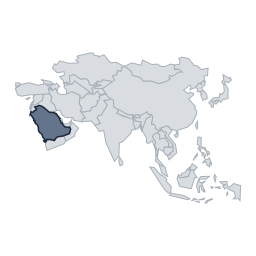 where Saudi Arabia sits in Asia
{"feature_id": "SAU", "entity_name": "Saudi Arabia", "entity_type": "country or territory", "adm_level": 0, "iso_a3": "SAU", "parent_name": "Asia", "parent_adm1": "", "projection": "natural_earth1", "projection_center": [44.88, 24.248], "detail": "fine", "context": "in_parent", "style": "filled", "palette": "slate", "viewbox_px": 256, "rotation_deg": 0, "n_neighbors": 45, "source": "natural_earth", "source_scale": "50m", "svg_char_len": 16208}
<svg xmlns="http://www.w3.org/2000/svg" viewBox="0 0 256 256"><path d="M124.0,66.4L121.6,68.1L121.1,71.4L117.4,70.6L116.8,74.7L112.5,76.1L114.7,80.1L113.9,81.9L102.7,79.8L101.6,81.6L97.3,81.1L93.1,85.8L89.5,84.6L88.1,80.5L85.8,78.8L80.6,79.3L74.0,74.6L69.5,75.9L69.9,84.3L66.4,82.0L63.6,83.2L63.5,80.9L59.5,76.8L64.3,75.3L64.2,71.7L57.2,72.7L52.5,68.3L54.4,63.7L56.2,65.0L59.9,60.9L68.5,63.3L78.2,62.9L78.6,61.9L75.7,60.3L78.5,58.1L77.1,56.6L77.8,55.9L90.4,52.9L93.5,53.3L94.3,55.6L98.3,55.8L98.4,57.0L103.9,54.8L110.6,62.8L116.3,62.3L124.0,66.4Z" fill="#d9dde1" stroke="#a8b0b8" stroke-width="1"/><path d="M69.9,84.3L69.5,75.9L74.0,74.6L80.6,79.3L85.8,78.8L88.1,80.5L89.5,84.6L92.5,85.8L97.0,82.1L96.2,83.8L101.2,85.3L99.0,87.0L96.8,86.8L96.8,85.1L94.4,85.7L93.2,88.4L91.6,88.3L93.2,91.6L92.3,93.9L74.6,81.0L72.0,84.3L69.9,84.3Z" fill="#d9dde1" stroke="#a8b0b8" stroke-width="1"/><path d="M240.6,185.6L240.0,200.6L238.4,198.7L233.4,198.9L235.6,196.4L234.3,192.0L226.0,187.7L224.6,189.0L222.7,186.1L226.1,184.7L223.2,184.7L219.9,181.8L226.8,181.4L227.6,186.0L229.6,187.3L233.6,183.5L240.6,185.6ZM208.3,200.0L207.0,202.9L205.1,203.1L206.3,201.0L208.3,200.0ZM226.8,195.4L226.7,193.7L227.5,192.1L227.9,193.9L226.8,195.4ZM194.7,170.1L193.6,172.2L197.0,177.5L194.6,177.8L191.2,188.8L179.5,186.3L177.0,178.6L178.4,175.0L180.1,177.8L186.7,176.8L188.3,176.3L190.6,169.7L194.7,170.1ZM214.6,187.4L219.7,186.7L220.4,188.5L214.6,187.4ZM212.5,188.3L211.2,187.9L210.8,186.9L212.8,186.8L212.5,188.3ZM214.7,174.6L216.2,177.0L215.1,181.7L213.7,177.3L214.7,174.6ZM200.7,176.6L209.4,176.3L206.3,179.1L199.3,179.1L199.1,180.8L200.8,182.8L205.6,181.0L201.9,184.0L205.1,191.9L203.2,191.7L204.2,189.9L201.8,190.1L200.9,185.6L199.5,186.3L199.6,192.3L198.4,192.6L196.5,186.0L198.6,179.2L200.7,176.6ZM199.8,202.5L196.3,201.6L198.2,201.1L199.8,202.5ZM198.3,199.9L202.5,199.0L204.3,198.2L203.9,199.5L198.3,199.9ZM194.4,198.2L196.7,199.6L192.0,200.4L194.4,198.2ZM171.1,193.1L184.0,195.6L190.0,198.8L187.7,199.7L169.6,195.3L171.1,193.1ZM166.1,181.2L171.3,186.6L170.6,193.0L168.4,193.1L164.3,189.3L149.8,167.0L154.1,167.5L160.5,174.8L164.2,176.4L166.9,179.4L166.1,181.2Z" fill="#d9dde1" stroke="#a8b0b8" stroke-width="1"/><path d="M208.4,201.2L210.3,199.0L213.0,198.9L208.4,201.2Z" fill="#d9dde1" stroke="#a8b0b8" stroke-width="1"/><path d="M32.7,102.8L31.0,106.1L30.8,111.6L29.6,107.6L31.3,103.3L32.7,102.8Z" fill="#d9dde1" stroke="#a8b0b8" stroke-width="1"/><path d="M34.2,100.7L31.4,103.3L33.9,99.8L34.2,100.7Z" fill="#d9dde1" stroke="#a8b0b8" stroke-width="1"/><path d="M32.1,104.9L30.9,107.3L31.4,104.6L32.1,104.9Z" fill="#d9dde1" stroke="#a8b0b8" stroke-width="1"/><path d="M32.1,104.9L38.3,102.6L39.0,105.4L34.8,106.9L36.7,109.2L32.9,112.3L30.8,111.6L32.1,104.9Z" fill="#d9dde1" stroke="#a8b0b8" stroke-width="1"/><path d="M62.7,123.7L67.4,124.0L71.6,120.3L69.4,127.8L63.5,126.6L62.7,123.7Z" fill="#d9dde1" stroke="#a8b0b8" stroke-width="1"/><path d="M61.2,122.6L61.0,120.9L62.0,119.4L62.7,121.5L61.2,122.6Z" fill="#d9dde1" stroke="#a8b0b8" stroke-width="1"/><path d="M54.3,110.3L56.5,113.8L52.9,112.5L54.3,110.3Z" fill="#d9dde1" stroke="#a8b0b8" stroke-width="1"/><path d="M39.0,105.4L38.3,102.6L42.5,100.2L43.0,95.7L45.8,93.3L49.5,93.8L52.0,97.3L50.7,101.2L54.4,104.7L56.7,110.6L49.4,112.3L39.0,105.4Z" fill="#d9dde1" stroke="#a8b0b8" stroke-width="1"/><path d="M69.8,127.3L71.9,122.2L78.7,128.2L75.0,133.0L74.8,136.0L65.9,141.3L63.6,135.9L69.5,133.5L70.7,128.9L69.8,127.3ZM72.0,119.0L71.3,119.5L71.8,118.8L72.0,119.0Z" fill="#d9dde1" stroke="#a8b0b8" stroke-width="1"/><path d="M163.6,151.6L164.1,146.9L170.2,147.7L170.9,146.1L173.3,148.5L173.2,151.2L170.0,153.0L171.0,154.4L165.6,155.1L163.6,151.6Z" fill="#d9dde1" stroke="#a8b0b8" stroke-width="1"/><path d="M168.5,146.8L164.1,146.9L163.6,151.6L158.5,148.8L157.3,158.4L163.3,165.3L161.4,166.5L155.2,160.4L157.7,152.2L154.5,144.8L155.8,142.4L152.4,137.1L153.8,134.2L157.3,132.6L159.8,134.8L159.7,139.3L163.8,137.5L166.9,139.5L169.0,143.8L168.5,146.8Z" fill="#d9dde1" stroke="#a8b0b8" stroke-width="1"/><path d="M172.7,146.9L168.5,146.8L169.0,143.8L165.3,137.6L159.7,139.3L159.8,134.8L157.3,132.6L160.4,130.8L159.9,128.2L163.3,131.8L165.7,131.8L166.6,133.8L164.9,135.2L172.3,143.0L172.7,146.9Z" fill="#d9dde1" stroke="#a8b0b8" stroke-width="1"/><path d="M157.3,132.6L153.8,134.2L152.4,137.1L155.8,142.4L154.5,144.8L157.7,152.2L155.9,156.8L155.4,149.4L152.2,140.6L148.9,143.4L146.5,142.7L146.4,137.7L141.9,130.1L146.2,118.3L149.9,117.2L150.0,114.4L152.8,116.2L151.7,124.5L153.7,124.2L155.6,126.7L155.3,128.7L159.0,129.3L157.3,132.6Z" fill="#d9dde1" stroke="#a8b0b8" stroke-width="1"/><path d="M167.3,155.5L171.0,154.4L170.0,153.0L173.2,151.2L172.9,144.6L164.9,135.2L166.6,133.8L165.7,131.8L163.3,131.8L160.9,127.9L166.8,125.8L172.5,130.0L168.4,135.7L175.5,144.4L176.7,152.8L169.1,159.8L167.3,155.5Z" fill="#d9dde1" stroke="#a8b0b8" stroke-width="1"/><path d="M205.2,81.8L204.6,85.3L201.4,87.9L203.5,91.1L197.2,91.7L197.7,88.7L195.3,87.5L196.3,86.0L198.8,83.2L201.4,84.0L200.8,82.8L203.6,80.5L205.2,81.8Z" fill="#d9dde1" stroke="#a8b0b8" stroke-width="1"/><path d="M200.1,92.5L203.6,90.5L206.8,94.7L207.2,98.7L202.7,100.3L200.7,94.9L201.9,94.5L200.1,92.5Z" fill="#d9dde1" stroke="#a8b0b8" stroke-width="1"/><path d="M124.7,66.2L131.8,62.9L141.1,65.3L142.5,60.1L152.0,64.5L157.5,64.1L160.9,66.3L164.8,66.6L170.5,64.1L174.8,64.9L174.7,69.8L178.6,69.0L182.3,71.3L172.6,76.3L169.6,75.7L169.0,77.1L170.3,78.8L168.3,80.8L159.1,83.7L151.1,81.2L142.9,81.1L140.3,77.6L132.0,75.3L131.4,71.6L124.7,66.2Z" fill="#d9dde1" stroke="#a8b0b8" stroke-width="1"/><path d="M150.0,114.4L149.9,117.2L146.2,118.3L142.5,128.8L141.2,125.2L140.5,126.6L139.3,125.5L141.3,122.0L136.5,121.4L133.7,118.6L133.1,120.2L134.6,121.4L133.1,123.1L134.4,123.8L135.2,129.6L131.6,130.1L130.8,133.2L122.9,141.5L119.3,143.0L118.9,155.8L114.4,161.3L106.0,142.8L103.7,130.4L99.5,131.5L94.8,125.0L100.3,123.5L97.0,117.5L99.0,115.1L101.2,115.2L107.1,105.2L103.9,100.4L109.6,99.6L111.2,97.7L113.5,100.4L113.8,106.9L118.6,110.0L116.9,113.2L123.4,116.5L132.7,118.7L133.6,114.8L134.0,117.1L135.9,118.0L140.2,117.7L139.4,115.6L147.3,111.7L147.9,114.1L150.0,114.4Z" fill="#d9dde1" stroke="#a8b0b8" stroke-width="1"/><path d="M141.2,125.2L142.2,132.0L139.9,127.2L138.1,127.1L137.9,129.3L135.4,128.8L133.1,123.1L134.6,121.4L133.1,120.2L133.7,118.6L136.5,121.4L141.3,122.0L139.3,125.5L140.5,126.6L141.2,125.2Z" fill="#d9dde1" stroke="#a8b0b8" stroke-width="1"/><path d="M139.4,115.6L140.2,117.7L134.0,117.1L136.0,114.4L139.4,115.6Z" fill="#d9dde1" stroke="#a8b0b8" stroke-width="1"/><path d="M132.5,115.3L132.7,118.7L131.1,118.8L116.9,113.2L119.3,109.4L128.0,114.6L132.5,115.3Z" fill="#d9dde1" stroke="#a8b0b8" stroke-width="1"/><path d="M111.2,97.7L109.6,99.6L103.9,100.4L107.1,105.2L101.2,115.2L99.0,115.1L97.0,117.5L100.3,123.5L94.8,125.0L91.1,121.0L81.8,121.8L82.4,119.1L85.1,117.9L80.2,110.8L83.4,112.0L90.6,110.7L91.5,107.4L95.9,106.0L99.9,95.4L105.9,93.9L108.1,96.8L111.2,97.7Z" fill="#d9dde1" stroke="#a8b0b8" stroke-width="1"/><path d="M86.6,94.0L94.8,93.9L97.6,90.8L99.8,94.8L102.3,93.1L105.9,93.9L98.9,96.4L99.7,98.5L98.5,101.2L96.7,101.1L97.6,102.6L95.9,106.0L91.5,107.4L90.6,110.7L83.4,112.0L80.2,110.8L81.8,108.7L79.2,103.5L80.2,97.3L83.5,97.9L86.6,94.0Z" fill="#d9dde1" stroke="#a8b0b8" stroke-width="1"/><path d="M92.3,93.9L93.2,91.6L91.6,88.3L96.8,85.1L97.6,86.8L94.9,88.4L102.6,88.6L105.5,93.3L99.8,94.8L97.6,90.8L94.8,93.9L92.3,93.9Z" fill="#d9dde1" stroke="#a8b0b8" stroke-width="1"/><path d="M97.0,82.1L101.6,81.6L102.7,79.8L113.9,81.9L102.6,88.6L94.9,88.4L94.9,87.1L101.2,85.3L96.2,83.8L97.0,82.1Z" fill="#d9dde1" stroke="#a8b0b8" stroke-width="1"/><path d="M63.6,83.2L66.4,82.0L69.0,84.4L72.0,84.3L74.6,81.0L89.8,92.0L89.8,93.4L88.3,92.7L82.1,98.2L80.2,97.3L79.9,95.4L72.7,91.9L66.5,93.8L66.3,89.7L64.0,87.3L64.4,85.3L67.7,85.1L65.8,82.5L64.2,84.7L63.6,83.2Z" fill="#d9dde1" stroke="#a8b0b8" stroke-width="1"/><path d="M56.7,110.6L54.4,104.7L50.7,101.2L52.0,97.3L48.5,92.0L48.3,88.6L52.1,90.2L55.6,88.3L57.7,92.9L60.8,94.5L66.3,94.3L71.4,91.6L79.9,95.4L79.2,103.5L81.8,108.7L80.2,110.8L85.1,117.9L82.4,119.1L81.8,121.8L73.8,120.3L72.9,117.4L66.3,117.8L62.4,115.4L59.7,110.1L56.7,110.6Z" fill="#d9dde1" stroke="#a8b0b8" stroke-width="1"/><path d="M32.5,104.1L34.2,100.7L33.0,97.9L34.6,94.7L45.0,93.7L43.0,95.7L42.5,100.2L34.5,105.1L32.5,104.1Z" fill="#d9dde1" stroke="#a8b0b8" stroke-width="1"/><path d="M52.7,90.2L47.5,86.7L47.4,84.8L51.0,85.5L52.7,90.2Z" fill="#d9dde1" stroke="#a8b0b8" stroke-width="1"/><path d="M49.5,93.8L34.6,94.7L33.5,97.0L33.5,95.0L30.8,94.7L21.5,96.2L17.7,95.0L15.4,88.6L21.2,84.5L29.1,82.7L37.8,85.2L45.6,83.7L49.6,88.0L48.3,88.6L49.5,93.8ZM15.6,83.1L19.1,82.7L20.8,84.3L15.8,87.0L15.6,83.1Z" fill="#d9dde1" stroke="#a8b0b8" stroke-width="1"/><path d="M122.9,162.3L122.6,164.7L120.1,165.9L118.7,160.7L119.5,157.0L122.9,162.3Z" fill="#d9dde1" stroke="#a8b0b8" stroke-width="1"/><path d="M176.1,137.7L174.2,135.0L178.2,133.4L177.7,136.6L176.1,137.7ZM102.6,88.6L114.7,80.1L112.5,76.1L116.8,74.7L117.4,70.6L121.1,71.4L121.6,68.1L124.7,66.2L131.4,71.6L132.0,75.3L140.3,77.6L142.9,81.1L151.1,81.2L159.1,83.7L166.3,81.6L170.3,78.8L169.0,77.1L169.6,75.7L172.6,76.3L178.4,72.1L182.4,72.1L178.6,69.0L174.0,68.8L174.8,64.9L179.2,64.4L180.2,60.3L178.6,58.6L181.6,57.1L188.4,58.5L194.0,65.2L197.3,65.9L201.5,69.6L208.1,68.1L207.5,75.6L203.9,76.0L205.2,81.8L203.6,80.5L200.8,82.8L201.4,84.0L198.8,83.2L195.3,87.5L190.0,89.9L191.1,86.4L189.8,85.2L183.6,90.2L188.5,93.9L190.2,92.2L193.3,93.2L193.9,94.4L188.7,99.1L195.4,106.5L194.7,108.8L196.7,110.8L196.6,114.5L192.2,123.0L187.4,127.1L177.9,130.3L177.5,132.8L176.4,132.9L176.1,130.3L170.5,129.4L169.6,127.1L166.8,125.8L159.9,128.2L160.4,130.8L155.3,128.7L155.6,126.7L153.7,124.2L151.7,124.5L152.8,116.2L151.1,114.3L147.9,114.1L147.3,111.7L140.9,115.3L136.0,114.4L133.9,116.7L133.6,114.8L128.0,114.6L113.8,106.9L113.5,100.4L108.1,96.8L102.6,88.6Z" fill="#d9dde1" stroke="#a8b0b8" stroke-width="1"/><path d="M197.4,121.3L197.6,127.1L197.0,129.0L195.3,125.3L197.4,121.3Z" fill="#d9dde1" stroke="#a8b0b8" stroke-width="1"/><path d="M52.5,83.1L55.1,84.7L56.5,83.2L59.8,86.7L58.3,86.9L57.1,91.2L55.6,88.3L52.7,90.2L51.1,87.6L49.9,84.5L52.7,84.9L52.5,83.1ZM52.1,90.2L50.8,89.9L49.6,88.0L51.3,88.5L52.1,90.2Z" fill="#d9dde1" stroke="#a8b0b8" stroke-width="1"/><path d="M40.8,79.5L50.8,81.6L52.9,84.6L43.7,83.8L43.5,81.3L40.8,79.5Z" fill="#d9dde1" stroke="#a8b0b8" stroke-width="1"/><path d="M200.4,151.5L198.4,148.6L200.8,149.5L200.4,151.5ZM204.3,158.9L204.0,154.6L204.8,156.0L206.2,153.8L204.3,158.9ZM209.0,157.2L211.6,163.1L211.0,165.2L210.2,162.8L209.3,164.0L209.5,166.8L207.1,165.4L205.7,161.6L202.4,163.1L205.4,159.6L209.2,158.9L209.0,157.2ZM197.6,155.3L192.9,160.4L197.1,153.4L197.6,155.3ZM201.2,137.6L201.0,146.6L205.4,147.9L205.9,150.8L203.5,148.4L198.9,147.7L199.5,146.2L197.2,144.1L198.0,137.0L201.2,137.6ZM202.2,155.6L201.7,152.2L204.2,153.0L202.2,155.6ZM208.8,151.6L209.6,154.2L208.0,153.6L207.8,156.3L206.3,150.7L208.8,151.6Z" fill="#d9dde1" stroke="#a8b0b8" stroke-width="1"/><path d="M159.2,164.7L165.0,166.9L167.6,176.6L162.0,173.3L159.2,164.7ZM194.7,170.1L190.6,169.7L188.3,176.3L180.1,177.8L178.8,176.5L178.4,175.0L181.4,175.3L181.8,173.4L185.0,172.5L187.3,169.2L189.6,169.7L192.2,163.7L197.2,167.2L194.7,170.1Z" fill="#d9dde1" stroke="#a8b0b8" stroke-width="1"/><path d="M189.7,167.1L189.6,169.7L188.3,170.4L187.3,169.2L189.7,167.1Z" fill="#d9dde1" stroke="#a8b0b8" stroke-width="1"/><path d="M228.1,89.2L228.0,98.5L222.7,99.8L220.7,102.4L218.7,99.8L211.4,101.4L213.7,103.1L213.4,107.1L211.3,107.1L211.3,105.0L208.8,102.8L213.5,97.8L219.2,97.6L220.0,93.5L221.5,94.6L224.3,91.4L223.7,84.6L225.5,84.2L228.1,89.2ZM229.2,78.3L230.0,77.3L231.5,79.9L228.3,82.8L224.8,81.2L224.8,83.7L222.8,83.7L221.7,81.5L223.8,79.6L223.0,74.7L229.2,78.3ZM214.3,102.4L216.6,100.3L218.6,101.6L215.9,104.2L214.3,102.4Z" fill="#d9dde1" stroke="#a8b0b8" stroke-width="1"/><path d="M63.6,135.9L65.9,141.3L64.0,143.7L47.0,150.5L45.3,144.6L46.8,139.1L53.9,140.6L58.0,136.7L63.6,135.9Z" fill="#d9dde1" stroke="#a8b0b8" stroke-width="1"/><path d="M30.5,97.3L27.4,99.8L26.1,98.6L30.5,97.3Z" fill="#d9dde1" stroke="#a8b0b8" stroke-width="1"/><path d="M63.6,135.9L63.1,135.9L62.7,136.0L62.2,136.1L61.6,136.2L61.1,136.3L60.4,136.4L59.8,136.5L59.2,136.6L58.7,136.7L58.2,136.7L57.9,136.8L57.5,137.0L57.0,137.3L56.4,137.6L56.2,137.8L55.9,138.2L55.7,138.4L55.5,138.8L55.3,139.1L55.0,139.4L54.9,139.7L54.7,140.2L54.6,140.3L54.4,140.5L54.2,140.6L53.8,140.6L53.6,140.3L53.4,140.0L53.3,139.9L52.9,139.9L52.5,139.9L52.1,139.9L51.5,139.8L51.0,139.8L50.8,139.7L50.4,139.5L49.9,139.5L49.5,139.5L49.1,139.5L48.7,139.5L48.3,139.6L48.2,139.6L47.9,139.7L47.7,139.7L47.4,139.6L47.2,139.4L46.9,139.3L46.7,139.4L46.4,139.6L46.5,139.9L46.4,140.0L46.3,140.3L46.3,140.6L46.3,140.8L46.4,141.0L46.2,141.2L46.2,141.4L46.1,141.5L45.6,141.9L45.6,141.7L45.5,141.3L45.5,141.1L45.4,140.9L45.2,140.8L45.2,140.6L45.0,140.4L44.8,140.2L44.7,139.9L44.7,139.5L44.2,138.9L43.6,138.4L43.4,138.1L43.1,137.6L43.0,137.1L42.6,136.6L42.6,136.4L42.5,136.2L42.4,135.9L42.4,135.7L42.0,134.7L41.9,134.6L41.8,134.4L41.7,134.2L41.4,134.0L41.2,133.6L40.4,132.9L40.0,132.9L39.7,132.6L39.5,132.4L39.2,131.8L38.8,131.3L38.5,130.5L38.6,130.2L38.5,129.7L38.4,129.4L38.3,129.2L38.4,128.9L38.4,128.5L38.5,128.2L38.4,127.6L38.3,127.3L38.3,127.1L38.2,127.1L38.1,126.9L38.0,126.6L37.9,126.5L37.9,126.2L37.8,125.9L37.5,125.3L37.3,125.0L37.0,124.5L36.6,124.2L36.4,124.0L36.3,123.9L36.1,123.9L35.9,123.7L35.7,123.7L35.3,123.2L35.2,122.9L34.9,122.4L35.0,122.3L35.0,122.1L35.0,121.8L35.0,121.6L34.8,121.3L34.4,120.5L34.3,120.4L34.1,120.3L34.0,119.9L33.9,119.6L33.7,119.4L33.2,118.3L32.9,117.9L32.8,117.6L32.4,117.2L32.3,116.8L31.9,116.4L31.6,115.7L31.2,115.0L31.0,114.8L30.5,114.8L30.3,114.7L30.1,114.9L30.1,114.7L30.2,114.4L30.4,113.9L30.5,113.4L30.8,111.9L31.2,112.0L31.5,112.0L32.0,112.1L32.5,112.2L32.8,112.3L33.3,111.9L33.7,111.6L34.0,111.2L34.2,110.8L34.3,110.7L34.6,110.7L35.1,110.5L35.6,110.4L35.8,110.1L36.0,109.7L36.4,109.4L36.6,109.3L36.3,108.9L36.0,108.5L35.7,108.1L35.4,107.8L35.0,107.3L34.7,107.0L35.2,106.8L35.8,106.7L36.3,106.5L36.9,106.3L37.4,106.1L38.2,105.9L38.5,105.8L38.9,105.5L39.3,105.6L39.9,105.7L40.6,105.8L41.2,105.9L41.4,106.0L42.0,106.4L42.4,106.7L42.9,107.0L43.5,107.3L43.9,107.6L44.4,107.9L44.8,108.3L45.3,108.8L45.9,109.3L46.4,109.7L47.0,110.2L47.6,110.8L48.2,111.3L48.7,111.7L49.4,112.3L50.1,112.3L50.9,112.4L51.8,112.5L52.5,112.6L52.9,112.5L53.2,112.6L53.7,112.6L54.0,112.7L54.6,112.8L54.8,113.1L54.8,113.4L54.9,113.6L55.1,113.8L55.4,113.8L55.8,113.8L56.2,113.8L56.5,113.8L56.6,114.0L56.9,114.7L57.2,115.1L57.2,115.3L57.3,115.5L57.2,115.6L57.4,115.9L57.8,116.1L58.1,116.2L58.0,116.3L58.2,116.6L58.4,116.9L58.7,117.0L59.0,117.5L59.5,117.8L59.8,118.1L59.7,118.1L59.6,118.3L59.6,118.5L59.8,118.6L60.0,119.0L59.9,119.4L59.7,119.4L59.7,119.8L59.8,120.0L60.0,120.5L60.5,121.0L60.6,121.3L60.7,121.8L60.9,122.1L61.0,122.3L61.2,122.5L61.3,122.7L61.4,122.9L61.5,123.0L61.9,122.9L62.1,122.9L62.2,123.0L62.3,123.0L62.1,123.5L62.3,123.6L62.5,123.6L62.7,124.0L62.8,124.2L62.9,124.4L63.0,124.5L63.2,124.8L63.3,125.0L63.5,125.3L63.8,125.6L64.0,125.9L64.1,126.0L64.3,126.3L64.4,126.5L64.5,126.6L64.6,126.8L64.8,126.8L65.0,126.8L65.5,126.9L65.8,127.0L66.2,127.0L66.6,127.1L67.1,127.1L67.5,127.2L67.9,127.3L68.3,127.3L68.7,127.4L69.0,127.4L69.3,127.5L69.6,127.5L69.7,127.3L69.9,127.6L70.0,127.8L70.1,128.1L70.3,128.4L70.5,128.7L70.6,128.9L70.6,129.2L70.5,129.4L70.4,129.7L70.4,129.9L70.3,130.2L70.2,130.4L70.2,130.7L70.1,130.9L70.0,131.2L70.0,131.5L69.9,131.7L69.8,132.0L69.7,132.5L69.6,133.0L69.5,133.3L69.4,133.6L69.2,133.6L68.9,133.8L68.5,133.9L68.2,134.0L67.9,134.2L67.5,134.3L67.2,134.4L66.9,134.6L66.5,134.7L66.2,134.8L65.9,135.0L65.5,135.1L65.2,135.2L64.9,135.4L64.5,135.5L64.2,135.6L63.9,135.8L63.6,135.9ZM44.1,141.1L44.2,140.9L44.4,141.1L44.4,141.4L44.4,141.5L44.3,141.4L44.2,141.2L44.0,141.3L43.9,141.2L43.7,141.0L43.6,140.8L43.8,140.7L44.0,140.6L44.0,140.9L44.0,141.0L44.1,141.1ZM34.4,121.1L34.2,120.9L33.7,120.6L33.7,120.4L33.7,120.5L33.8,120.6L34.1,120.7L34.4,121.0L34.5,121.0L34.4,121.1ZM33.8,120.3L33.7,120.3L33.7,120.1L33.8,120.0L33.8,120.3L33.8,120.3Z" fill="#64748b" stroke="#1e293b" stroke-width="1.5"/></svg>